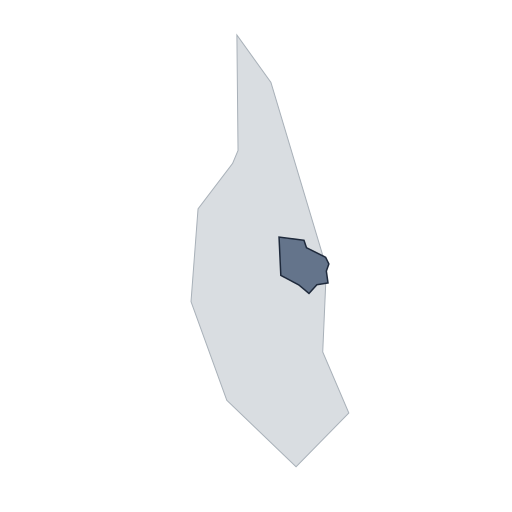 where Melekeok sits in Palau, rotated 334°
{"feature_id": "PLW-5250", "entity_name": "Melekeok", "entity_type": "state/province", "adm_level": 1, "iso_a3": "PLW", "parent_name": "Palau", "parent_adm1": "", "projection": "albers", "projection_center": [134.62, 7.515], "detail": "fine", "context": "in_parent", "style": "filled", "palette": "slate", "viewbox_px": 512, "rotation_deg": 334, "n_neighbors": 0, "source": "natural_earth", "source_scale": "10m", "svg_char_len": 520}
<svg xmlns="http://www.w3.org/2000/svg" viewBox="0 0 512 512"><g transform="rotate(334 256 256)"><path d="M270.6,437.8L199.6,463.0L166.5,372.9L177.6,268.5L224.6,188.2L275.6,162.5L286.1,153.3L335.7,49.0L345.5,106.5L314.2,297.3L273.9,371.5L270.6,437.8Z" fill="#d9dde1" stroke="#a8b0b8" stroke-width="1"/><path d="M306.0,262.9L305.0,270.7L318.0,287.7L318.0,295.1L312.6,300.4L308.9,311.8L298.1,308.5L287.2,312.9L281.8,300.8L269.8,284.3L285.0,249.1L306.0,262.9Z" fill="#64748b" stroke="#1e293b" stroke-width="1.5"/></g></svg>